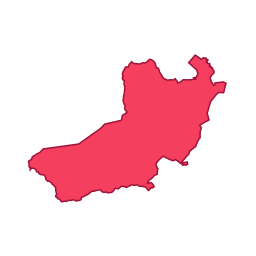 Līdumnieku pag., Ciblas, Latvia (orthographic projection), rotated 261°
{"feature_id": "27541924B2315462302714", "entity_name": "Līdumnieku pag.", "entity_type": "district", "adm_level": 2, "iso_a3": "LVA", "parent_name": "Latvia", "parent_adm1": "Ciblas", "projection": "orthographic", "projection_center": [28.057, 56.586], "detail": "fine", "context": "isolated", "style": "filled", "palette": "rose", "viewbox_px": 256, "rotation_deg": 261, "n_neighbors": 0, "source": "geoboundaries", "source_scale": "gbopen_adm2", "svg_char_len": 5691}
<svg xmlns="http://www.w3.org/2000/svg" viewBox="0 0 256 256"><g transform="rotate(261 128 128)"><path d="M69.4,108.8L71.3,112.3L71.5,112.4L71.5,112.8L70.0,116.8L69.8,116.8L69.6,117.1L69.6,117.5L69.8,117.9L71.1,122.2L71.3,122.6L71.2,123.4L70.7,124.5L70.3,125.2L70.3,125.5L70.5,127.0L70.5,127.3L70.6,127.9L70.6,128.0L69.7,129.0L69.3,129.4L69.0,129.6L68.9,129.8L68.7,130.2L68.4,131.9L67.8,133.6L67.4,135.1L67.2,135.5L66.5,136.1L65.8,137.0L64.6,137.4L63.4,138.1L63.2,138.4L63.2,138.7L63.1,138.8L65.5,141.4L65.0,142.2L65.3,143.6L66.0,144.7L68.6,143.7L69.6,143.0L70.6,141.9L70.3,138.6L71.4,139.1L73.6,141.4L73.9,141.7L74.3,142.7L74.2,143.1L77.2,147.0L77.7,149.6L82.8,150.8L83.0,151.2L84.7,150.4L88.3,149.9L91.6,153.5L94.6,158.2L93.4,160.0L91.1,163.2L88.9,166.7L88.8,167.4L88.7,168.6L89.5,169.5L88.4,171.1L87.4,172.2L86.1,173.2L85.6,173.5L84.7,174.7L84.3,175.3L82.7,176.2L82.7,176.5L83.0,176.9L82.7,178.2L82.2,179.5L82.9,180.1L82.8,181.2L85.1,181.3L85.1,176.7L85.7,175.6L85.8,175.7L90.1,180.5L92.6,183.8L95.5,185.4L99.3,192.1L101.1,193.0L104.2,195.0L106.7,197.0L107.0,197.6L107.5,197.8L112.4,198.5L116.8,200.5L119.1,199.4L119.4,199.1L119.5,199.1L121.7,204.5L122.5,207.1L123.3,209.3L130.4,208.5L132.5,209.7L134.5,210.5L141.2,213.8L147.2,220.4L147.9,221.4L148.8,223.1L148.7,224.4L148.6,224.7L147.9,227.9L148.1,228.0L149.9,228.9L151.1,229.3L156.8,231.8L158.6,229.4L158.9,221.0L157.5,220.8L156.7,219.4L159.0,218.4L160.1,217.8L160.8,217.6L163.6,217.0L164.9,217.1L165.4,217.6L167.1,218.9L168.3,220.7L169.0,221.5L170.2,221.6L170.6,221.9L172.1,221.0L172.5,221.0L173.2,220.6L173.4,220.7L173.9,221.0L174.2,220.8L174.3,220.7L174.4,220.3L174.2,220.1L174.3,220.0L174.4,219.9L174.9,220.0L175.1,219.7L174.9,219.3L175.1,219.1L175.4,219.0L175.7,218.7L175.9,218.6L176.3,218.1L176.5,218.2L176.4,219.0L176.6,219.1L177.2,218.6L177.6,218.5L177.8,218.5L178.1,218.7L178.4,218.8L178.8,218.8L179.0,218.5L178.8,217.9L179.5,216.7L180.0,216.7L180.5,215.7L180.8,215.8L181.1,216.1L181.3,216.4L181.3,216.6L181.8,216.6L182.0,216.7L182.3,217.2L182.4,217.5L182.5,217.6L183.0,217.5L183.1,217.4L183.1,217.1L183.0,216.8L183.0,216.6L182.9,216.4L183.0,216.2L183.4,215.8L184.0,215.9L184.1,216.1L184.3,216.2L184.7,216.1L184.8,216.0L184.9,215.7L184.8,215.4L185.1,214.9L185.1,214.4L185.3,214.2L185.4,213.6L185.6,213.3L185.6,213.0L185.2,212.7L184.8,212.3L184.3,211.0L184.3,210.8L185.6,210.0L189.5,205.8L183.0,198.1L174.2,205.3L173.2,205.1L170.9,205.5L170.5,205.4L170.0,205.2L169.1,204.4L168.4,203.9L167.6,203.0L167.4,202.4L167.3,200.7L167.0,200.9L166.5,202.2L166.5,202.4L166.3,202.7L166.2,202.8L165.9,202.8L166.0,202.2L165.8,200.7L165.9,199.2L165.8,198.4L165.9,196.7L166.0,195.6L166.1,195.3L166.4,193.4L166.6,192.8L166.6,192.2L166.9,190.9L167.0,190.2L166.9,189.9L166.6,189.3L165.2,186.8L164.9,185.2L164.7,184.2L164.8,184.0L166.6,183.9L166.9,183.7L167.7,182.9L168.7,182.8L169.1,182.7L169.3,182.5L169.3,182.2L169.2,182.0L168.5,180.6L168.4,179.6L168.4,179.3L168.8,178.6L169.0,178.1L169.0,174.5L169.3,174.0L169.9,173.5L170.0,173.3L170.2,172.6L170.5,172.0L171.9,170.7L172.2,170.5L178.0,168.1L178.7,167.9L181.4,167.6L182.0,167.4L182.5,167.0L182.7,166.6L182.7,166.2L182.8,165.9L183.2,165.5L183.4,165.4L186.7,165.1L188.6,164.6L189.8,163.9L191.6,162.0L192.2,160.9L192.4,160.5L192.4,160.2L192.3,159.8L192.0,159.4L190.6,157.2L189.7,155.6L189.6,155.2L189.6,154.8L190.0,153.7L190.1,152.8L189.4,149.3L189.5,148.7L190.1,147.0L190.3,145.7L190.8,144.2L191.6,142.9L192.9,141.9L192.6,141.7L192.0,141.1L191.1,139.5L190.3,139.2L189.8,138.5L189.4,138.3L188.7,138.0L188.2,137.6L188.6,135.9L188.5,135.4L188.4,134.9L185.1,132.6L184.7,132.4L184.0,131.6L183.6,131.6L182.5,131.1L182.2,131.1L182.0,130.9L181.5,130.9L181.2,131.0L180.4,131.1L179.8,130.9L179.3,131.1L178.9,130.8L178.5,130.6L178.4,130.4L178.5,130.3L178.2,130.2L177.9,130.4L177.7,130.2L177.3,130.2L177.2,130.4L176.8,130.6L176.2,130.7L175.8,131.2L174.9,131.7L173.3,131.2L171.7,130.9L170.6,131.0L169.6,131.3L168.4,131.3L166.9,130.8L163.8,130.0L162.5,129.6L161.4,129.1L159.7,128.5L158.3,128.2L157.0,127.8L156.7,127.6L155.5,127.5L152.5,127.8L151.6,128.2L150.8,128.5L149.6,128.4L147.6,127.8L146.9,127.8L146.0,128.1L145.6,128.4L144.4,129.4L144.0,129.5L143.5,128.8L143.1,128.8L142.3,126.6L141.9,126.1L141.9,125.9L141.8,125.4L141.4,124.5L140.7,124.1L138.4,123.4L137.4,123.2L137.1,122.7L136.7,122.4L136.6,121.7L135.4,105.5L131.7,100.6L127.7,92.4L119.9,76.9L120.0,70.1L120.6,41.0L117.6,37.0L116.4,33.3L114.6,29.1L114.3,28.8L112.1,28.0L111.8,26.7L111.1,25.8L111.0,24.9L110.8,24.6L110.4,24.5L108.2,24.7L105.1,24.2L105.0,24.3L104.4,25.5L102.8,24.9L102.1,24.9L102.2,25.0L103.2,26.3L103.4,26.9L103.1,28.1L102.3,29.5L102.2,30.1L101.8,30.2L99.2,30.9L98.9,31.0L98.8,31.3L98.7,31.8L98.6,32.5L98.4,32.6L97.3,32.8L96.8,33.0L96.3,33.5L95.3,35.2L95.3,36.4L94.3,38.1L91.3,39.0L90.5,38.6L88.1,40.1L87.8,40.8L88.0,41.5L87.9,41.8L87.9,42.0L86.6,42.9L86.2,43.4L85.9,43.7L84.9,44.0L83.7,45.2L81.1,46.8L80.8,47.2L80.5,47.2L78.0,46.8L75.0,47.0L74.3,47.3L74.0,47.4L73.6,47.1L72.6,46.0L71.3,46.0L70.9,46.3L70.7,47.1L70.5,47.3L69.3,47.4L69.2,47.5L68.3,49.3L68.1,49.5L67.8,49.5L65.4,50.9L65.4,51.1L65.7,53.8L65.6,54.1L65.2,55.4L65.1,56.0L65.7,56.9L65.8,57.1L65.7,58.5L65.5,59.7L65.4,60.1L65.5,60.8L65.7,61.7L65.6,62.5L64.9,64.3L64.8,64.5L64.4,64.7L64.0,65.5L64.0,66.1L64.2,68.3L64.0,68.8L64.0,69.1L64.8,70.4L65.1,70.6L66.0,70.8L66.6,71.2L68.0,75.6L68.6,77.8L70.6,81.5L71.1,82.3L71.2,82.5L71.0,83.2L71.0,83.7L70.8,84.4L71.1,85.5L71.4,90.6L71.2,91.0L70.6,91.7L69.7,91.8L69.4,92.0L68.1,94.2L68.1,94.3L68.2,96.0L68.3,96.4L68.2,96.8L67.5,97.2L67.2,97.5L67.0,100.3L66.9,101.4L67.0,102.0L68.2,103.9L68.9,104.5L70.2,105.5L70.4,105.7L70.4,105.9L70.1,107.1L69.6,108.3L69.5,108.5L69.4,108.8Z" fill="#f43f5e" stroke="#9f1239" stroke-width="1.5"/></g></svg>